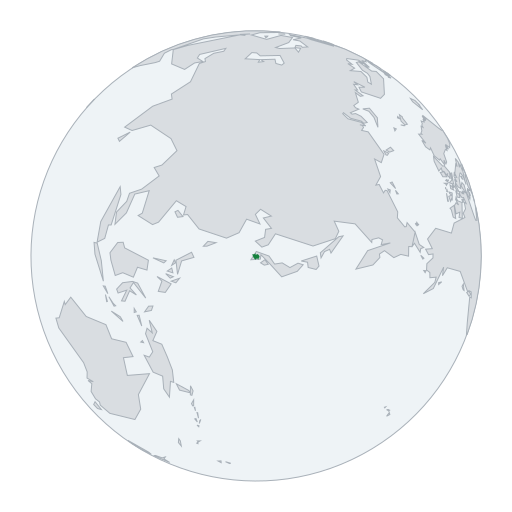 the Earth from above Kumamoto, rotated 59°
{"feature_id": "JPN-1830", "entity_name": "Kumamoto", "entity_type": "Prefecture", "adm_level": 1, "iso_a3": "JPN", "parent_name": "Japan", "parent_adm1": "", "projection": "orthographic", "projection_center": [130.522, 32.636], "detail": "fine", "context": "on_globe", "style": "filled", "palette": "green", "viewbox_px": 512, "rotation_deg": 59, "n_neighbors": 0, "source": "natural_earth", "source_scale": "10m", "svg_char_len": 12825}
<svg xmlns="http://www.w3.org/2000/svg" viewBox="0 0 512 512"><g transform="rotate(59 256 256)"><circle cx="256" cy="256" r="225" fill="#eef3f6" stroke="#a8b0b8"/><path d="M420.6,384.4L420.4,385.4L420.1,385.7L420.6,384.4ZM432.3,115.8L430.9,114.1L431.5,115.9L421.9,109.2L401.2,93.9L402.7,93.0L397.6,90.0L395.4,91.3L395.2,92.9L374.4,88.9L364.6,98.1L368.9,106.3L362.2,100.9L375.2,120.8L374.5,132.0L370.7,116.3L366.9,112.5L364.2,118.1L359.7,115.5L355.8,117.0L350.6,113.5L348.8,105.3L345.4,103.2L343.7,107.4L337.5,107.1L340.5,101.1L329.8,100.2L324.8,87.7L337.0,76.7L329.8,69.2L330.6,57.1L326.1,56.3L323.5,52.1L317.3,49.8L319.2,48.8L312.7,48.0L312.1,49.4L309.0,49.7L305.3,48.7L307.1,46.9L309.2,47.2L307.8,46.2L310.3,45.9L307.0,45.5L309.6,43.9L301.6,44.1L299.1,41.7L302.3,41.1L309.0,43.0L333.2,48.3L338.5,49.3L339.2,48.3L325.7,42.0L328.7,42.8L328.5,42.7L343.5,48.4L358.1,55.2L372.2,63.0L385.6,71.8L398.4,81.5L410.5,92.1L421.8,103.5L432.3,115.8ZM322.3,40.7L321.8,40.6L312.5,38.1L312.6,38.7L308.9,38.0L306.1,38.5L299.0,36.6L293.5,34.8L295.4,34.5L293.0,33.9L285.1,33.1L282.9,32.3L302.8,35.6L322.3,40.7ZM460.6,226.6L458.8,222.4L460.8,222.9L460.6,226.6ZM457.0,221.4L457.8,222.5L457.0,221.9L457.0,221.4ZM456.0,221.9L456.7,221.5L456.1,222.5L456.0,221.9ZM454.9,223.2L455.4,222.3L455.4,222.6L454.9,223.2ZM452.5,223.8L451.8,223.8L452.1,222.5L452.5,223.8ZM395.8,94.2L395.8,91.6L399.5,91.7L400.0,94.1L395.8,94.2ZM388.1,95.0L386.8,92.7L392.7,95.4L391.6,95.8L388.1,95.0ZM372.9,113.2L373.8,110.1L374.5,114.1L372.9,113.2ZM356.2,117.8L357.4,119.6L354.8,119.7L356.2,117.8ZM310.3,39.5L308.3,39.0L309.8,39.2L310.3,39.5ZM311.0,40.4L314.2,41.0L315.0,41.5L313.0,41.1L311.0,40.4ZM344.6,114.6L340.2,114.4L344.4,113.2L344.6,114.6ZM306.8,39.6L316.1,42.4L317.4,43.4L310.9,42.9L306.8,39.6ZM337.4,113.4L326.7,113.6L328.4,117.5L317.5,107.3L330.2,110.1L335.1,107.8L334.5,111.0L337.4,113.4ZM313.5,50.4L314.0,48.8L317.0,51.1L313.5,50.4ZM316.2,51.9L330.0,59.8L327.5,62.1L323.4,58.7L322.9,62.8L315.0,59.9L313.4,57.1L316.6,56.1L311.1,55.8L316.2,51.9ZM313.1,101.9L310.3,100.9L312.9,100.4L313.1,101.9ZM308.0,50.0L311.0,51.2L309.1,53.2L302.7,51.1L305.4,51.1L308.0,50.0ZM326.7,65.5L324.2,66.9L317.0,64.8L315.0,65.1L314.6,60.1L326.7,65.5ZM304.0,50.1L299.6,50.0L297.1,48.3L305.0,48.9L304.0,50.1ZM311.3,54.6L310.1,55.5L308.7,54.3L311.3,54.6ZM286.0,42.7L289.6,43.8L288.9,44.8L286.0,42.7ZM298.1,50.2L298.9,50.8L299.1,51.4L295.7,51.1L298.1,50.2ZM309.5,59.2L307.1,58.2L309.4,61.1L304.1,60.0L304.7,56.9L302.2,57.8L300.6,57.5L303.0,55.4L309.5,59.2ZM292.8,52.7L291.8,49.0L285.2,46.6L285.6,45.5L296.1,49.6L292.8,52.7ZM298.5,54.4L295.1,53.1L297.4,52.2L301.2,52.6L298.5,54.4ZM300.3,60.4L308.2,62.9L307.8,63.5L300.3,60.4ZM290.4,52.1L290.7,53.1L289.7,52.1L290.4,52.1ZM296.7,57.9L299.6,58.7L299.0,59.3L296.7,57.9ZM288.9,54.5L288.6,53.2L291.1,53.4L288.9,54.5ZM292.1,56.2L290.7,57.0L292.3,54.2L293.5,56.4L292.1,56.2ZM295.7,58.5L296.4,59.1L294.6,58.1L295.7,58.5ZM279.3,55.0L280.7,51.5L286.4,51.7L284.3,55.0L279.3,55.0ZM76.7,119.6L74.9,122.0L77.0,119.9L66.6,137.7L64.2,146.1L75.8,135.3L79.8,121.0L87.5,112.2L89.9,118.0L87.4,131.8L90.3,128.9L97.7,115.5L103.2,114.6L101.0,110.8L97.4,115.3L96.0,113.3L99.2,109.1L101.0,108.8L103.4,104.0L94.3,107.7L89.7,112.8L92.4,104.9L85.0,112.8L83.6,113.1L95.6,100.0L99.0,97.3L116.4,81.1L113.0,83.1L96.4,98.8L99.0,95.8L94.3,99.6L99.8,94.5L118.9,77.8L124.8,72.9L140.3,62.7L151.0,56.7L145.6,59.7L148.7,58.2L144.1,61.2L146.3,61.6L142.9,64.7L152.2,61.8L151.8,63.2L146.4,64.4L140.9,67.3L133.5,76.5L134.6,77.4L141.2,74.9L138.4,78.2L145.8,74.7L145.7,79.7L151.9,71.0L159.9,68.9L164.5,70.6L168.2,68.6L160.8,65.9L156.8,66.4L151.6,69.1L141.8,70.3L142.5,67.9L157.1,61.6L159.7,57.9L169.8,55.4L183.6,62.7L185.0,68.0L169.6,81.2L164.4,80.8L167.4,75.7L156.9,82.4L161.5,80.9L159.1,83.9L166.1,83.4L164.8,85.5L173.8,81.7L172.9,84.3L167.2,86.7L176.9,89.1L177.4,94.7L180.2,94.3L183.1,92.2L181.8,101.3L183.9,100.6L185.2,97.3L190.3,94.0L198.8,91.9L197.8,95.2L194.6,96.3L186.6,104.0L178.2,107.2L178.7,108.4L185.8,106.5L195.6,97.0L201.0,94.9L197.0,99.4L198.9,97.6L201.2,97.6L202.7,100.8L207.4,95.9L234.8,93.9L240.5,100.5L233.9,104.4L252.1,108.3L257.0,116.8L258.1,113.6L267.6,114.2L266.2,111.4L267.5,110.0L291.2,111.8L296.1,115.2L307.6,113.5L308.2,112.1L305.2,109.3L317.5,107.3L328.4,117.5L326.5,120.2L334.7,125.3L329.2,131.1L328.4,138.7L317.6,143.1L317.9,149.2L321.1,150.6L323.9,160.4L318.7,177.1L308.9,157.5L314.0,134.1L310.7,142.8L307.3,139.2L303.6,141.5L301.6,148.1L304.0,149.8L279.5,154.5L266.4,171.0L277.5,172.3L282.0,179.1L276.8,202.0L247.0,227.9L252.7,239.7L251.4,246.4L242.9,248.9L244.5,239.1L238.1,234.0L240.3,228.5L227.2,230.1L229.7,222.3L218.3,228.0L220.0,235.1L230.6,236.1L219.6,245.1L227.3,258.5L225.5,272.1L203.5,290.9L185.2,293.3L183.5,297.0L177.6,290.5L167.6,295.8L176.8,322.1L175.8,328.5L160.6,336.2L160.7,331.4L145.0,313.9L140.5,328.0L152.3,344.9L156.2,360.6L146.5,352.9L142.6,338.7L137.1,332.1L139.8,319.6L137.5,297.8L127.7,297.7L129.6,289.8L125.0,269.5L111.6,268.4L89.6,278.8L84.6,297.6L77.9,302.2L74.4,267.4L78.3,247.1L73.6,245.1L72.9,222.4L61.8,205.4L63.3,199.2L60.5,198.1L60.5,187.8L63.9,178.2L62.5,174.9L54.2,200.5L56.1,204.3L61.9,201.4L58.9,209.2L59.3,221.1L47.9,229.4L36.5,220.6L40.5,205.6L58.2,155.8L60.6,152.7L60.9,152.3L61.4,151.4L57.8,155.6L62.6,146.7L47.5,177.8L42.8,189.3L36.2,221.1L35.6,222.0L35.0,230.1L39.4,238.3L38.3,242.8L33.1,257.3L30.9,265.3L30.9,248.0L32.1,230.7L34.7,213.6L38.7,196.7L43.8,180.2L50.3,164.2L57.9,148.6L66.8,133.8L76.7,119.6ZM79.5,154.8L81.4,163.7L89.6,151.6L91.1,154.2L93.3,149.3L90.2,150.7L97.1,138.4L101.2,139.8L105.6,135.6L105.2,132.5L96.5,132.1L86.6,149.3L82.3,150.8L79.5,154.8ZM170.0,48.7L165.5,50.6L163.1,51.3L167.4,48.9L171.0,47.7L170.0,48.7ZM159.9,53.4L173.1,48.6L171.0,50.5L169.9,50.1L167.2,51.8L164.8,51.9L149.8,58.9L146.6,60.1L156.3,54.1L154.8,55.1L159.3,52.9L159.9,53.4ZM210.8,38.4L216.5,37.8L204.4,42.3L200.5,42.5L204.5,39.7L211.5,37.9L210.8,38.4ZM293.5,38.8L296.5,39.3L296.0,39.6L293.1,39.5L293.5,38.8ZM287.7,43.1L280.1,37.5L283.1,37.6L275.0,34.9L279.7,34.3L284.8,36.0L282.4,33.9L288.9,35.1L286.4,33.8L297.3,37.6L303.0,39.1L294.8,37.5L290.2,37.9L290.0,38.5L293.6,41.7L303.7,45.7L300.8,47.2L296.1,47.3L293.2,46.5L296.0,45.6L290.2,45.3L292.0,43.5L287.7,43.1ZM242.3,54.3L246.8,52.3L235.3,53.8L237.1,51.0L235.7,51.4L234.2,49.4L229.9,47.7L231.7,46.6L229.2,46.5L228.2,45.3L225.4,44.9L227.7,42.9L224.5,42.3L227.4,41.7L221.3,41.4L226.9,40.8L226.1,39.7L221.1,40.8L240.3,33.7L244.0,32.1L244.1,31.3L253.7,31.2L259.8,32.1L262.8,34.2L257.9,36.1L263.1,36.0L262.3,37.1L258.5,36.7L263.9,37.9L262.2,38.8L264.9,42.3L273.7,44.2L274.9,45.8L270.6,45.5L274.8,47.4L267.6,48.1L268.3,49.3L261.9,51.6L253.2,50.7L254.6,52.3L249.8,54.4L242.3,54.3ZM277.3,55.5L266.5,54.5L262.2,52.6L275.2,49.6L275.6,48.3L283.8,46.9L289.9,49.8L287.0,49.9L285.6,50.7L284.2,49.4L284.3,51.0L280.3,51.3L279.2,52.7L276.0,51.9L277.3,55.5ZM99.5,94.1L97.6,96.0L95.6,98.3L92.7,101.0L99.5,94.1ZM109.4,85.0L112.3,82.5L111.2,83.5L106.1,87.9L107.0,87.0L109.4,85.0ZM115.0,80.7L111.6,83.2L114.6,80.8L115.0,80.7ZM145.9,65.4L145.2,66.6L143.5,67.4L141.8,67.6L145.9,65.4ZM208.8,60.3L212.1,58.9L212.9,59.4L221.0,58.4L220.3,60.8L215.2,62.2L208.8,60.3ZM74.0,135.1L72.1,135.2L73.6,132.6L73.9,133.1L74.0,135.1ZM80.9,116.7L77.2,122.5L80.1,117.4L80.9,116.7ZM209.4,62.7L212.8,61.9L210.4,63.6L209.4,62.7ZM220.2,62.5L218.1,64.4L221.2,61.0L220.2,62.5ZM38.5,314.8L38.2,313.5L41.5,325.0L38.5,314.8ZM211.5,404.9L218.4,406.8L218.2,407.5L211.5,404.9ZM204.2,400.8L212.0,402.4L203.0,402.3L204.2,400.8ZM215.1,403.1L223.0,402.8L226.4,401.9L225.9,403.5L215.1,403.1ZM199.0,399.8L171.5,393.1L160.9,387.8L163.2,385.5L180.3,391.0L199.0,399.8ZM162.3,385.1L146.5,371.3L126.6,336.7L133.7,340.1L154.8,364.2L153.4,366.5L163.0,376.6L162.3,385.1ZM201.7,378.8L200.2,386.7L184.8,382.5L178.0,379.5L173.2,367.6L175.8,362.8L181.4,364.4L204.2,350.4L211.9,356.7L204.6,363.4L211.0,372.0L201.7,378.8ZM85.0,300.0L87.4,314.0L83.9,313.7L85.0,300.0ZM214.4,338.6L204.5,345.3L213.8,335.5L214.4,338.6ZM220.4,328.5L220.6,333.1L217.2,328.1L220.4,328.5ZM182.4,303.3L176.4,302.7L176.7,299.4L184.6,298.3L182.4,303.3ZM224.0,283.4L222.3,293.0L220.5,296.1L218.7,289.7L224.0,283.4ZM208.5,85.2L198.0,83.5L190.1,84.7L184.9,88.7L187.7,82.7L200.0,80.8L208.5,85.2ZM231.7,92.3L236.2,89.3L237.3,91.5L236.4,92.5L231.7,92.3ZM232.2,89.9L232.0,84.7L236.6,83.7L235.8,87.9L232.2,89.9ZM220.3,72.5L217.2,71.8L219.3,70.3L220.3,72.5ZM368.9,449.0L372.1,447.9L365.9,452.0L357.0,456.9L348.0,460.8L368.9,449.0ZM299.7,471.6L298.0,469.0L308.0,467.6L305.1,470.4L299.7,471.6ZM375.2,444.9L380.7,440.4L381.5,437.2L382.5,439.4L388.5,436.3L374.4,446.6L375.2,444.9ZM258.7,458.7L216.1,462.1L206.2,459.5L207.6,456.5L196.2,443.7L199.4,444.6L195.9,436.0L220.4,432.7L237.6,420.0L252.6,422.4L263.1,411.8L278.9,413.2L274.9,422.0L292.1,427.8L302.0,407.9L314.2,428.2L327.9,433.7L333.8,444.0L315.6,462.3L303.6,466.3L300.5,465.3L295.8,467.1L287.2,467.1L280.9,462.5L276.2,464.1L280.0,460.2L273.6,463.7L268.4,460.4L258.7,458.7ZM372.8,416.3L375.5,416.1L380.4,417.9L375.9,418.6L372.8,416.3ZM413.6,391.5L415.2,392.3L412.2,394.1L413.6,391.5ZM420.1,385.7L416.6,388.1L420.6,384.4L420.1,385.7ZM385.5,401.6L387.0,402.4L385.9,403.2L385.5,401.6ZM384.3,401.5L385.7,399.1L385.7,401.2L384.3,401.5ZM370.6,393.7L372.1,392.3L372.9,393.0L370.6,393.7ZM228.7,408.4L238.2,403.6L243.6,403.7L228.7,408.4ZM368.1,391.8L364.1,392.4L364.4,391.2L368.1,391.8ZM368.2,389.1L367.7,387.5L370.4,390.9L368.2,389.1ZM360.3,386.7L365.4,388.8L359.8,387.2L360.3,386.7ZM357.5,387.6L354.0,386.8L354.2,386.3L357.5,387.6ZM319.4,393.9L332.4,402.9L322.3,403.5L310.9,397.9L302.6,404.0L283.5,403.0L287.7,399.5L284.9,393.8L265.7,390.7L261.8,386.6L268.5,384.5L256.0,380.6L269.6,379.8L275.4,388.0L283.1,382.2L296.9,384.0L310.6,386.4L322.0,391.6L319.4,393.9ZM270.0,396.9L272.4,397.0L270.4,399.1L270.0,396.9ZM347.2,383.5L352.3,386.6L351.8,387.5L349.3,387.3L347.2,383.5ZM324.5,390.1L336.6,382.9L339.5,382.7L331.6,390.6L324.5,390.1ZM333.5,379.0L339.2,379.4L342.4,382.7L341.2,383.8L333.5,379.0ZM242.2,387.4L241.7,389.5L238.2,387.4L242.2,387.4ZM246.6,386.7L257.2,390.0L245.7,388.4L246.6,386.7ZM215.6,374.7L218.5,380.4L227.8,378.6L220.7,382.2L227.3,391.6L225.2,394.4L218.7,384.4L216.7,393.3L212.6,392.5L210.2,384.1L214.2,374.9L218.3,371.4L235.3,372.2L215.6,374.7ZM246.5,380.3L243.7,373.9L245.8,370.1L248.8,373.7L246.5,380.3ZM236.0,358.0L229.1,349.6L222.6,351.4L236.2,343.1L240.5,352.5L236.0,358.0ZM230.8,340.9L224.6,342.5L231.2,337.5L230.8,340.9ZM223.2,339.8L222.9,334.4L227.6,335.9L223.2,339.8ZM233.9,341.6L235.7,332.9L237.7,338.5L233.9,341.6ZM221.9,322.3L231.3,332.7L218.4,326.8L219.6,309.3L225.2,309.9L221.9,322.3ZM264.2,255.6L263.8,250.3L269.4,249.8L268.1,253.6L264.2,255.6ZM287.1,244.7L270.7,248.0L257.5,251.1L260.9,253.9L256.6,262.3L252.3,253.4L262.7,244.9L272.5,244.2L275.4,237.1L283.4,232.9L283.8,223.7L287.8,220.1L290.4,228.5L287.1,244.7ZM283.6,219.8L287.3,204.0L297.1,207.2L298.5,211.4L292.7,217.2L287.9,215.0L283.6,219.8ZM291.1,201.2L286.4,199.2L282.1,175.1L283.6,171.0L292.1,190.2L288.2,189.5L287.5,195.0L291.1,201.2ZM310.4,102.7L310.3,101.1L312.2,102.7L310.4,102.7ZM266.5,108.5L268.5,106.9L270.7,108.6L266.5,108.5ZM275.4,103.3L271.5,102.6L276.0,102.0L275.4,103.3ZM262.7,101.2L270.1,101.6L262.4,103.2L262.7,101.2Z" fill="#d9dde1" stroke="#a8b0b8" stroke-width="1"/><path d="M255.4,257.9L255.5,257.8L255.7,257.5L255.7,257.4L255.8,257.3L255.8,257.2L256.0,257.2L256.1,256.9L256.2,256.7L256.3,256.5L256.2,256.5L256.2,256.4L256.4,256.1L256.5,255.9L256.4,256.0L255.9,256.1L256.1,255.8L256.3,255.7L256.2,255.6L256.3,255.5L256.3,255.4L256.2,255.3L256.0,255.1L255.8,254.9L255.7,254.9L255.7,254.6L255.9,254.6L255.9,254.4L256.0,254.4L256.1,254.2L256.3,254.2L256.5,254.0L256.9,254.2L257.0,254.2L257.2,254.3L257.4,254.4L257.5,254.5L257.5,254.4L257.6,254.2L257.5,253.9L257.8,253.9L258.0,254.0L258.1,254.3L258.3,254.4L258.3,254.6L258.4,254.9L258.4,255.0L258.7,255.3L258.4,255.3L258.3,255.5L258.2,255.7L258.1,255.8L258.0,256.0L257.9,256.1L257.8,256.3L257.7,256.3L257.6,256.6L257.6,256.8L257.7,257.0L257.8,257.0L257.9,257.3L257.8,257.5L257.9,257.8L257.6,257.8L257.5,258.0L257.4,258.0L257.2,258.0L256.7,258.1L256.3,257.9L256.2,257.9L256.0,258.0L255.8,258.0L255.7,258.1L255.4,257.9L255.4,257.9ZM254.8,256.4L254.9,256.6L254.9,256.9L254.9,257.0L255.0,257.0L254.9,257.2L254.8,257.3L254.7,257.5L254.4,257.7L254.2,257.7L254.3,257.5L254.2,257.5L254.3,257.4L254.5,257.3L254.4,257.3L254.2,257.3L254.2,257.2L254.3,257.0L254.2,256.9L254.3,256.8L254.3,256.7L254.3,256.4L254.4,256.5L254.5,256.4L254.8,256.4ZM255.6,256.5L255.7,256.4L255.8,256.4L255.8,256.5L255.7,256.6L255.6,256.9L255.5,257.0L255.5,256.9L255.4,256.8L255.2,256.9L255.0,256.7L255.3,256.5L255.5,256.4L255.5,256.5L255.6,256.5ZM254.8,257.7L254.9,257.8L254.8,258.0L254.7,258.0L254.7,257.9L254.6,257.7L254.8,257.7ZM255.8,256.2L255.8,256.3L255.7,256.3L255.6,256.2L255.8,256.1L255.8,256.2ZM255.1,257.3L255.1,257.5L255.0,257.4L255.1,257.3Z" fill="#22c55e" stroke="#15803d" stroke-width="1.5"/></g></svg>